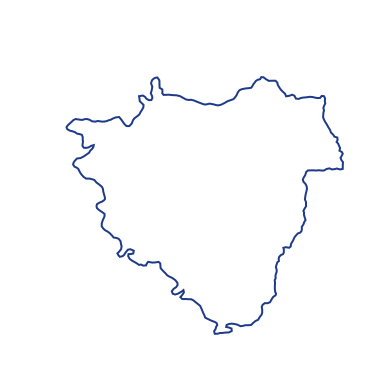 outline of Martinho Campos, Minas Gerais, Brazil, rotated 286°
{"feature_id": "56859067B12080288578715", "entity_name": "Martinho Campos", "entity_type": "district", "adm_level": 2, "iso_a3": "BRA", "parent_name": "Brazil", "parent_adm1": "Minas Gerais", "projection": "natural_earth1", "projection_center": [-45.194, -19.388], "detail": "fine", "context": "isolated", "style": "outline", "palette": "blue", "viewbox_px": 384, "rotation_deg": 286, "n_neighbors": 0, "source": "geoboundaries", "source_scale": "gbopen_adm2", "svg_char_len": 5084}
<svg xmlns="http://www.w3.org/2000/svg" viewBox="0 0 384 384"><g transform="rotate(286 192 192)"><path d="M109.8,140.4L111.1,142.9L112.9,144.1L114.8,144.6L116.6,145.3L118.9,146.3L120.0,148.5L119.5,152.2L116.7,152.5L115.5,150.3L114.8,148.1L112.8,148.3L110.6,150.4L109.5,153.3L108.9,155.8L108.4,158.0L107.3,161.2L108.2,163.0L107.8,165.4L108.8,168.1L110.8,168.3L112.8,169.1L113.2,173.3L114.2,176.2L115.6,179.1L114.6,181.2L112.5,181.9L110.2,182.8L108.8,184.9L107.6,186.9L106.5,189.0L105.1,191.1L104.4,193.6L104.0,196.5L102.7,200.2L100.7,203.0L98.6,203.8L96.2,203.0L93.9,201.1L91.0,199.9L88.9,201.6L88.8,204.0L90.1,206.1L91.7,207.8L93.5,209.5L95.3,210.8L93.3,211.9L90.6,211.1L87.7,209.8L86.4,212.2L87.3,215.1L88.0,218.2L88.7,220.9L88.2,223.3L87.3,225.3L86.1,228.2L84.8,231.2L82.9,232.9L81.0,234.4L79.1,235.9L77.1,237.7L74.9,239.3L74.4,241.8L74.0,244.1L73.6,246.5L73.4,249.5L72.8,251.8L71.2,252.9L69.1,252.4L66.8,252.4L64.2,251.6L62.0,253.0L62.8,255.7L64.1,257.6L64.8,259.8L66.0,262.6L67.2,266.2L69.3,268.5L71.7,267.6L71.9,265.0L71.7,262.0L73.8,262.0L75.4,264.1L76.3,266.2L76.8,268.8L77.0,272.0L76.4,275.7L77.5,278.1L78.6,279.9L79.3,282.3L80.4,285.4L83.2,287.0L85.5,288.6L87.4,290.8L89.5,291.3L91.4,291.9L93.2,292.7L95.5,292.7L98.3,291.9L100.8,290.7L103.1,291.0L105.3,292.7L105.9,295.3L107.6,297.4L110.8,298.1L113.6,299.0L115.7,300.8L117.5,300.8L119.1,299.4L121.8,298.3L124.6,297.5L127.5,296.9L130.0,295.8L132.2,296.2L134.2,295.4L136.3,295.2L138.6,295.4L140.9,294.7L142.9,293.3L145.5,293.3L147.9,293.4L149.6,294.6L151.4,293.8L153.3,293.6L155.8,294.7L157.4,296.7L159.2,296.9L161.8,296.2L163.5,295.2L164.8,297.4L165.2,300.8L166.9,301.9L169.0,301.5L170.7,301.8L173.1,302.5L176.7,303.0L179.3,304.1L181.3,305.1L182.8,307.2L184.5,308.0L186.6,307.9L188.7,307.1L191.4,308.0L194.3,308.2L196.3,308.9L198.7,307.3L201.0,305.9L203.0,305.4L204.6,304.3L207.5,304.9L209.7,305.6L211.8,304.9L213.7,304.4L216.0,302.6L219.2,302.1L221.6,301.9L223.6,301.8L226.6,301.7L229.0,300.7L231.0,298.9L232.7,296.2L234.5,295.1L236.8,295.4L239.4,296.2L242.6,296.2L244.6,297.4L246.2,302.3L247.0,305.9L247.9,307.9L248.3,310.4L249.0,312.9L251.2,315.0L252.6,317.6L252.3,320.4L253.4,323.0L254.5,324.7L254.5,328.1L255.7,330.5L257.7,330.0L259.9,329.4L262.3,328.9L263.7,327.0L265.7,325.4L268.5,326.0L270.3,326.4L271.7,325.1L272.4,322.3L275.0,322.3L276.9,320.6L278.9,319.1L279.9,317.2L282.1,317.6L284.4,316.7L284.5,313.6L285.8,312.2L287.6,309.1L290.0,307.3L291.9,305.1L294.0,303.1L296.1,300.7L298.0,298.9L300.0,297.4L302.0,297.0L304.2,296.5L306.8,296.4L309.0,295.1L311.1,295.2L313.8,295.7L315.9,294.7L318.6,294.1L320.5,292.5L320.1,290.2L317.7,289.2L316.8,286.5L316.6,283.9L316.5,281.4L315.9,278.8L314.9,276.6L314.1,274.7L313.3,272.6L312.4,270.8L311.0,269.1L310.4,266.2L312.8,263.9L313.1,261.4L311.4,259.2L309.9,256.1L312.1,254.4L313.5,251.5L314.9,249.1L316.9,246.7L318.8,244.8L320.6,243.9L322.0,241.6L321.1,238.5L320.0,235.1L320.9,231.8L322.0,229.1L321.5,226.9L319.2,226.4L317.9,224.1L316.2,222.7L314.4,222.1L312.6,221.3L310.2,220.8L308.5,220.1L307.6,218.3L306.7,215.9L305.7,213.7L304.4,211.3L302.8,209.5L300.5,208.6L297.5,208.2L295.3,207.5L292.9,206.4L291.1,204.1L289.2,201.3L286.6,198.8L284.7,196.8L283.5,195.2L282.5,193.4L282.2,191.1L282.2,188.7L281.8,184.6L280.5,182.2L279.6,180.4L279.6,178.1L279.9,174.3L280.5,168.5L280.4,165.6L279.6,163.7L279.3,160.6L280.1,157.3L280.9,153.8L280.6,150.1L280.1,148.0L279.6,145.8L279.2,143.1L278.3,140.4L277.5,137.9L278.7,136.2L280.4,135.9L282.4,135.2L283.2,132.2L286.0,131.2L288.5,130.5L290.4,129.8L292.5,127.2L291.7,125.2L290.2,123.8L288.2,122.7L285.1,122.7L282.3,124.8L278.9,125.2L275.5,125.2L273.3,127.1L271.5,128.0L269.2,127.6L268.4,125.2L269.1,122.4L270.4,120.8L271.2,118.2L269.5,114.7L267.2,115.8L264.9,116.7L263.8,118.8L262.4,121.4L259.9,121.9L257.5,121.4L255.0,120.6L252.0,120.0L249.5,118.3L247.1,116.4L244.8,115.5L241.2,115.2L238.1,113.6L237.3,110.8L238.8,108.2L240.2,106.4L242.0,104.2L244.0,101.3L242.6,98.0L240.9,95.8L239.1,94.0L237.8,91.9L236.2,89.8L234.9,86.4L234.3,81.9L233.0,79.6L232.4,76.5L233.2,73.6L233.2,71.0L232.5,68.9L231.0,66.6L230.4,63.0L230.1,60.1L228.6,58.3L226.6,57.1L224.1,55.6L222.1,54.3L219.8,53.5L218.0,54.8L217.3,57.6L217.4,60.3L217.2,63.2L216.4,65.5L216.7,67.7L216.6,70.4L214.5,71.9L212.1,72.5L210.5,73.3L208.3,73.6L206.3,73.9L204.7,75.7L205.2,78.0L206.4,80.3L208.6,82.4L210.0,84.6L208.0,84.8L206.1,84.2L204.0,82.9L201.3,82.2L198.7,80.1L196.2,78.0L193.9,75.5L192.5,72.2L189.6,70.7L187.7,70.1L185.7,70.1L184.0,72.0L183.6,74.5L182.8,76.4L181.1,77.9L179.4,79.6L178.2,81.2L176.6,83.7L175.7,86.6L176.7,90.1L176.7,94.7L174.7,97.7L173.5,101.0L172.0,104.2L170.3,105.6L168.3,106.4L166.1,107.7L163.6,109.3L161.4,110.3L159.7,109.7L158.1,108.3L156.0,105.7L154.0,104.0L152.1,104.1L150.4,105.0L149.3,107.0L148.5,109.1L147.9,111.3L146.8,114.0L144.5,114.6L142.3,114.3L140.2,114.0L136.9,113.9L134.1,114.7L132.4,116.8L131.3,119.0L130.7,121.7L129.9,124.0L128.9,125.7L127.9,127.5L126.6,129.2L127.0,131.8L126.8,134.3L125.1,136.8L122.6,138.0L120.4,139.3L117.5,139.6L115.8,138.9L114.1,138.2L112.5,137.2L111.1,138.5L109.8,140.4Z" fill="none" stroke="#1e3a8a" stroke-width="2"/></g></svg>